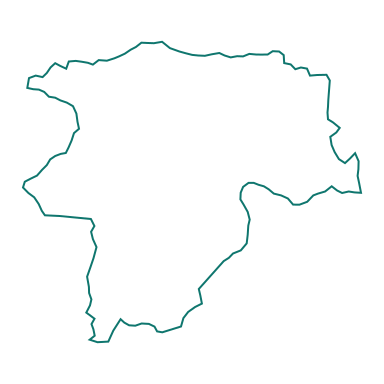 outline of Iporã do Oeste, Santa Catarina, Brazil
{"feature_id": "56859067B29932927337968", "entity_name": "Iporã do Oeste", "entity_type": "district", "adm_level": 2, "iso_a3": "BRA", "parent_name": "Brazil", "parent_adm1": "Santa Catarina", "projection": "natural_earth1", "projection_center": [-53.489, -27.013], "detail": "fine", "context": "isolated", "style": "outline", "palette": "teal", "viewbox_px": 384, "rotation_deg": 0, "n_neighbors": 0, "source": "geoboundaries", "source_scale": "gbopen_adm2", "svg_char_len": 2079}
<svg xmlns="http://www.w3.org/2000/svg" viewBox="0 0 384 384"><path d="M106.9,60.7L98.7,60.1L92.9,64.6L87.9,62.8L81.5,61.7L75.7,60.9L68.8,61.5L66.2,68.7L60.2,65.9L55.2,63.2L50.6,67.4L46.8,73.0L42.6,77.1L35.7,75.6L29.0,78.1L27.3,87.9L33.2,89.2L38.9,89.6L44.2,91.9L48.9,96.7L55.2,97.7L60.4,100.4L66.8,102.6L73.0,106.2L76.4,113.6L77.5,121.8L79.0,128.8L74.0,133.1L71.6,140.5L68.6,147.4L65.8,153.0L60.7,153.9L55.2,156.0L50.2,159.4L46.8,165.1L42.1,169.8L37.0,175.6L30.6,178.7L24.8,181.7L23.0,187.5L28.4,193.0L34.2,197.3L38.7,204.0L41.8,210.8L44.9,215.3L59.6,216.0L90.9,219.0L94.4,226.0L91.1,231.8L92.9,239.1L96.5,247.1L93.5,258.2L90.5,267.0L87.1,276.7L88.9,286.9L89.1,293.0L91.4,299.4L90.0,305.4L86.3,312.6L94.5,318.7L91.5,324.1L93.4,329.3L94.7,335.7L89.7,339.7L97.5,342.2L108.3,341.6L113.3,330.6L120.6,319.2L124.3,322.6L129.1,325.3L135.3,325.7L141.6,323.5L148.9,323.9L154.5,326.6L157.1,331.4L162.3,332.3L181.0,326.5L183.4,318.1L188.2,311.9L195.1,307.0L201.9,303.6L200.3,295.4L198.8,289.0L223.7,261.1L228.9,257.8L233.0,253.5L240.8,250.4L246.7,243.4L247.7,234.8L248.3,225.6L249.7,219.6L247.7,211.9L243.6,204.6L240.4,199.4L240.7,192.7L243.1,186.9L248.5,182.9L253.8,182.9L258.6,184.8L263.9,186.3L268.7,189.3L273.8,193.6L281.1,195.4L287.9,198.5L293.1,204.6L299.4,204.7L307.2,201.8L313.3,195.4L318.0,193.6L325.1,191.5L331.7,186.3L337.1,190.5L342.1,193.0L348.7,191.5L354.5,192.4L361.0,192.8L359.1,183.0L357.6,175.9L358.4,169.2L358.6,161.2L355.1,153.2L350.0,158.5L345.0,163.1L338.9,159.1L334.6,152.0L331.6,145.0L330.3,136.8L336.3,132.5L339.7,127.9L333.0,122.4L328.0,119.3L327.5,112.6L328.0,106.8L328.3,100.1L329.0,90.9L329.8,80.5L326.5,74.8L317.2,75.0L310.0,75.6L307.0,68.6L300.9,67.5L295.3,69.2L290.7,64.4L284.2,63.1L283.7,55.1L279.1,51.5L272.7,51.2L267.7,54.5L261.4,54.6L255.9,54.5L249.3,53.9L243.1,56.4L237.1,56.2L230.7,57.4L224.6,55.5L219.3,53.0L211.7,54.3L204.9,55.8L198.3,55.5L192.2,54.9L185.9,53.3L179.4,51.5L169.9,48.1L162.1,41.8L153.9,43.2L148.2,43.0L141.4,42.7L135.9,47.0L130.7,49.7L124.8,53.7L119.0,56.4L114.4,58.3L106.9,60.7Z" fill="none" stroke="#0f766e" stroke-width="2"/></svg>